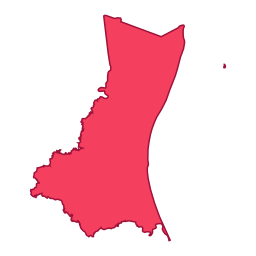 Tamiahua, Veracruz, Mexico
{"feature_id": "50627088B25417186263654", "entity_name": "Tamiahua", "entity_type": "district", "adm_level": 2, "iso_a3": "MEX", "parent_name": "Mexico", "parent_adm1": "Veracruz", "projection": "robinson", "projection_center": [-97.548, 21.34], "detail": "fine", "context": "isolated", "style": "filled", "palette": "rose", "viewbox_px": 256, "rotation_deg": 0, "n_neighbors": 0, "source": "geoboundaries", "source_scale": "gbopen_adm2", "svg_char_len": 5721}
<svg xmlns="http://www.w3.org/2000/svg" viewBox="0 0 256 256"><path d="M52.1,155.6L52.1,155.8L52.7,155.2L52.8,155.6L52.8,156.5L52.5,156.6L52.7,157.0L52.2,157.7L52.3,158.1L51.3,158.7L50.1,158.9L50.3,159.6L49.9,159.8L50.4,162.9L50.2,164.0L49.5,164.7L50.0,165.8L49.4,165.5L47.7,166.1L44.8,165.9L44.1,166.4L44.2,165.7L43.8,165.4L42.5,166.6L38.2,167.9L37.2,167.9L37.0,169.9L36.5,171.2L35.1,172.4L34.3,172.8L34.0,175.5L33.6,176.7L33.8,177.7L35.0,177.8L36.4,179.5L36.8,179.5L36.7,180.0L37.1,180.0L37.9,181.7L39.1,182.6L39.1,183.1L37.7,183.0L36.8,183.6L36.5,183.8L36.4,184.9L36.6,186.0L36.3,186.3L35.8,187.5L34.8,187.7L33.7,189.3L32.6,189.3L32.4,189.7L31.6,189.7L31.4,190.2L30.9,190.4L30.8,190.2L30.6,190.9L31.4,192.9L30.9,194.3L31.7,195.3L33.2,196.5L33.6,196.7L34.7,195.8L35.0,197.1L35.9,197.5L36.6,196.0L35.8,195.4L36.3,195.2L36.2,194.4L36.9,195.5L39.5,194.0L39.8,194.2L41.8,193.3L42.0,195.5L42.5,196.1L43.0,196.3L44.0,195.9L47.1,198.1L47.9,196.7L50.4,198.4L53.1,198.6L55.2,199.8L57.6,199.2L60.1,200.1L61.1,200.3L61.8,201.0L62.6,204.1L63.4,204.9L64.0,206.7L63.8,207.3L64.1,208.4L63.6,209.3L64.2,209.3L63.8,209.7L64.1,209.7L64.1,210.3L63.7,210.4L63.9,211.8L64.4,211.8L64.7,212.3L64.8,211.9L65.2,211.9L65.5,212.3L65.4,212.9L66.3,212.6L65.9,212.1L66.0,211.9L66.9,212.5L67.7,212.7L67.9,213.5L68.6,214.5L69.5,215.3L70.0,215.3L70.2,215.9L69.9,216.1L70.1,216.3L70.7,216.3L71.5,215.4L71.3,214.8L71.5,214.5L72.3,214.6L72.6,215.1L71.8,216.4L71.9,217.1L71.5,217.1L71.5,218.6L71.2,218.7L71.2,220.2L71.8,220.6L71.8,221.0L73.0,221.3L73.1,220.6L76.5,222.1L76.9,221.5L77.7,222.0L77.8,220.9L78.4,221.2L78.8,221.9L79.3,222.1L79.3,223.0L79.9,223.6L79.6,224.4L79.8,224.7L80.1,224.5L80.2,225.1L79.9,225.5L80.5,226.6L80.8,228.1L83.4,231.0L84.6,231.6L85.2,232.3L86.2,234.5L86.9,235.5L87.7,235.7L88.9,236.7L90.4,235.5L91.2,235.6L92.3,236.6L93.1,236.7L93.4,236.6L93.7,233.8L94.1,233.7L94.2,232.9L94.8,232.9L95.1,232.1L95.8,231.6L98.0,230.8L99.0,229.4L100.7,228.2L101.0,227.6L101.7,228.6L103.8,229.5L104.4,229.5L106.9,228.5L109.0,228.1L109.7,228.1L111.0,228.7L112.1,228.1L114.5,227.5L115.2,226.8L115.7,225.6L116.1,225.2L116.5,225.4L116.4,225.9L118.0,226.4L118.3,226.1L118.1,225.4L117.4,224.9L117.5,224.1L117.9,223.8L117.9,224.5L118.5,224.4L118.8,223.7L119.9,223.4L120.2,222.9L121.3,222.9L121.6,221.7L122.5,221.7L123.4,221.3L125.3,221.4L125.4,220.9L125.8,221.3L129.0,220.8L135.7,222.1L135.9,224.0L137.0,225.1L136.9,225.9L137.4,226.3L138.2,226.1L138.9,227.1L140.9,226.6L142.2,227.1L142.8,228.4L142.5,230.9L143.1,231.7L144.7,232.3L147.2,231.7L150.1,232.1L150.6,232.5L150.7,233.3L149.1,235.1L149.4,235.6L150.0,235.7L151.3,235.0L152.4,233.0L152.6,232.2L152.5,230.2L152.8,229.4L155.3,228.4L156.1,227.8L156.3,227.2L155.5,225.3L155.7,224.6L156.1,224.2L159.0,223.6L161.1,223.7L162.0,224.4L162.8,226.1L162.9,227.2L162.3,228.9L163.2,231.3L165.4,234.2L166.2,234.5L167.6,235.8L168.7,238.7L169.0,240.6L169.4,240.6L169.7,240.2L170.3,240.2L170.6,240.0L170.2,240.1L170.1,239.8L170.4,239.6L170.0,239.8L159.5,216.7L154.5,203.0L150.5,189.5L148.1,178.4L147.3,171.2L147.3,168.3L147.9,165.5L148.7,165.5L148.1,165.4L148.5,164.7L148.9,164.6L148.5,164.6L147.8,159.9L148.0,149.1L149.0,141.9L150.4,134.6L152.0,128.8L154.4,122.3L156.7,117.1L161.3,109.6L166.1,100.3L170.1,89.0L175.3,75.8L177.5,68.5L180.5,57.0L183.5,48.9L184.6,42.7L184.4,40.4L183.6,38.4L183.2,35.5L183.1,30.8L183.4,28.4L184.2,26.5L184.1,25.6L183.7,25.2L183.3,25.1L181.7,25.3L181.3,25.7L180.8,25.6L179.7,26.3L179.3,26.2L178.8,27.2L177.6,28.1L161.2,36.7L120.8,21.7L121.2,19.8L120.6,18.1L117.4,17.8L114.7,18.5L105.8,15.4L104.8,15.4L103.9,15.8L103.8,16.5L108.2,53.3L110.0,64.9L110.7,66.3L110.8,68.9L110.8,69.7L110.3,70.4L108.6,71.6L108.1,72.7L107.6,76.5L107.6,81.0L105.9,83.4L106.0,87.7L105.1,88.0L101.8,87.5L100.7,87.6L98.9,88.7L98.2,89.8L98.3,90.5L98.6,91.0L99.3,91.3L101.6,91.3L104.4,90.9L104.7,91.2L104.8,92.8L105.1,93.7L106.5,94.9L107.9,95.5L108.2,96.3L108.0,97.0L107.6,97.7L106.7,98.3L105.6,98.5L104.1,98.2L102.1,97.0L100.7,96.7L99.8,97.4L99.7,98.5L97.6,99.1L97.3,100.0L97.4,100.8L96.4,100.0L95.0,100.4L94.5,101.2L93.7,103.2L94.4,104.3L93.5,105.3L93.4,107.1L92.7,107.7L92.0,107.5L91.1,108.5L92.6,111.8L92.2,112.3L92.4,112.7L90.8,112.0L90.8,112.6L91.5,112.9L90.9,113.5L89.7,113.0L89.9,114.2L89.3,114.0L89.1,115.3L88.3,115.1L88.9,115.5L88.2,115.8L88.0,116.0L88.3,116.1L85.5,118.6L82.5,118.6L82.0,119.1L81.9,120.6L81.3,121.4L81.1,122.0L81.5,122.6L81.3,122.2L82.8,122.4L82.8,123.3L82.2,123.2L81.9,124.3L82.7,124.3L82.6,126.0L83.0,126.3L82.7,127.9L82.4,127.9L82.3,128.8L83.5,129.0L83.4,130.1L83.0,130.9L82.4,130.4L82.1,131.1L81.2,130.6L81.6,131.0L80.6,134.8L80.6,135.1L81.1,135.2L81.4,135.7L80.9,136.5L79.6,137.3L79.8,138.0L80.0,137.7L80.5,138.0L80.4,138.7L80.7,139.0L80.2,139.5L79.8,138.8L79.0,138.2L78.9,138.7L79.6,139.8L80.4,140.3L80.5,141.9L79.6,142.5L79.4,143.1L78.3,143.0L78.9,143.5L78.5,147.1L79.7,147.0L80.8,147.7L82.7,148.2L82.0,148.5L80.7,148.4L79.6,149.5L79.1,149.4L79.1,150.3L78.8,150.5L78.3,150.1L78.3,149.3L77.3,150.2L76.6,149.9L76.2,148.7L75.8,148.9L75.6,149.7L75.2,149.2L75.6,148.7L75.5,148.3L74.8,148.4L74.0,149.6L73.7,149.6L74.0,148.6L73.7,148.4L72.9,149.5L72.7,150.4L71.5,150.8L71.0,152.4L70.6,152.6L70.9,153.6L69.5,154.2L69.3,153.8L69.5,153.3L68.8,152.8L67.9,154.1L67.5,154.1L66.8,154.0L66.4,153.2L65.5,152.8L65.2,153.4L65.2,154.3L64.0,154.4L61.5,153.9L61.0,153.2L60.5,153.2L60.2,152.9L59.8,152.9L59.5,153.4L58.6,152.7L57.9,152.7L58.4,152.0L59.3,151.8L60.5,150.2L60.6,149.9L59.9,149.8L59.5,150.3L58.1,151.0L56.8,150.7L56.9,152.0L56.0,152.2L54.3,152.0L53.8,152.7L52.7,153.3L53.0,153.7L53.7,153.8L53.7,154.1L53.3,154.2L53.2,154.9L52.1,155.6ZM224.9,67.7L225.4,67.0L225.3,65.7L224.7,64.5L224.3,64.4L224.3,65.5L223.8,67.3L224.0,67.7L224.9,67.7Z" fill="#f43f5e" stroke="#9f1239" stroke-width="1.5"/></svg>